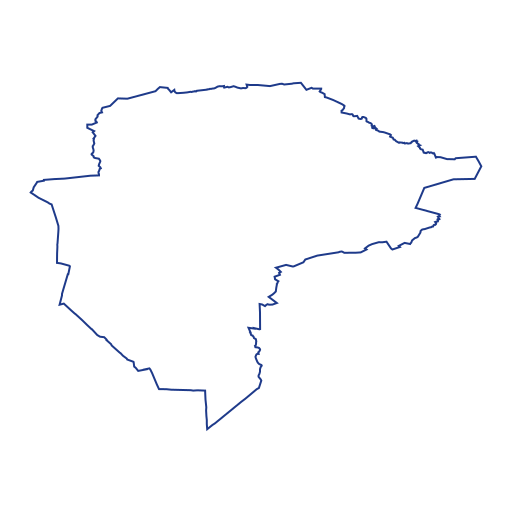 Stāmerienas pag., Gulbene, Latvia
{"feature_id": "27541924B77820831407347", "entity_name": "Stāmerienas pag.", "entity_type": "district", "adm_level": 2, "iso_a3": "LVA", "parent_name": "Latvia", "parent_adm1": "Gulbene", "projection": "natural_earth1", "projection_center": [26.964, 57.231], "detail": "fine", "context": "isolated", "style": "outline", "palette": "blue", "viewbox_px": 512, "rotation_deg": 0, "n_neighbors": 0, "source": "geoboundaries", "source_scale": "gbopen_adm2", "svg_char_len": 5924}
<svg xmlns="http://www.w3.org/2000/svg" viewBox="0 0 512 512"><path d="M439.6,214.5L439.0,214.2L415.6,207.9L417.6,203.7L424.3,187.9L453.5,179.3L474.7,178.9L481.3,166.3L478.6,161.3L475.9,156.7L456.0,158.2L455.6,158.3L454.7,159.3L451.9,159.2L447.0,159.1L440.5,157.2L436.3,157.0L436.5,157.4L435.9,157.6L434.3,153.6L433.9,153.1L433.4,153.5L432.6,153.3L431.7,152.6L430.8,152.4L429.6,152.9L428.9,152.3L428.2,152.1L427.0,152.6L426.6,153.1L425.7,152.9L425.4,153.1L424.7,152.9L424.4,152.6L423.7,152.6L422.7,149.7L420.8,149.2L420.0,148.5L419.9,147.7L418.2,146.2L419.9,145.3L418.9,144.9L418.5,144.5L418.6,144.1L416.9,143.0L416.4,142.4L416.6,141.9L417.1,141.9L417.3,141.4L416.6,141.0L416.5,140.6L415.2,141.0L414.2,140.6L411.9,141.7L411.7,142.2L411.3,142.3L410.7,143.2L408.0,143.6L406.9,143.1L404.9,143.5L404.4,142.8L403.1,143.1L402.6,142.7L399.4,142.4L399.0,142.8L396.1,141.2L394.7,139.7L393.6,139.5L392.8,137.7L391.4,137.2L390.1,136.6L390.9,135.0L390.2,134.4L384.7,132.5L383.2,132.1L379.3,131.6L378.4,130.8L376.0,129.9L375.9,129.4L376.6,128.8L375.7,128.0L375.3,128.0L373.9,128.4L372.3,128.0L372.2,127.8L372.4,127.6L374.1,127.3L374.6,127.0L374.8,126.4L374.4,125.9L373.1,126.4L372.5,126.4L372.1,126.2L371.6,125.7L371.9,124.9L371.8,124.3L371.4,123.7L370.5,123.1L368.9,122.6L368.3,122.1L366.9,121.6L366.5,121.3L366.4,118.7L365.8,117.9L363.5,117.0L362.5,117.0L362.0,117.4L361.8,118.6L361.4,118.8L360.6,119.0L359.1,118.7L358.6,118.6L357.2,115.9L354.8,116.2L353.6,116.2L353.1,115.8L352.7,114.6L352.1,114.2L351.2,114.2L350.0,114.4L346.7,113.5L341.6,112.5L341.5,110.8L342.8,109.8L344.1,108.0L344.2,106.1L344.5,105.9L344.4,105.7L341.9,104.1L332.9,99.9L326.6,97.5L324.9,97.1L324.6,94.1L322.1,92.7L320.5,92.1L319.7,91.5L321.2,89.0L321.2,88.6L312.9,88.6L311.6,87.8L306.4,89.8L300.9,82.8L293.5,83.3L292.0,83.7L284.2,84.5L281.9,83.7L281.5,83.9L279.9,83.9L270.0,86.1L257.8,85.0L249.9,85.0L246.6,84.6L247.3,86.9L246.5,87.8L245.4,88.2L243.1,88.0L241.0,88.4L237.4,87.6L235.5,86.8L233.6,86.2L230.6,87.1L228.8,87.4L227.5,86.8L224.2,87.6L223.8,86.6L223.9,86.0L222.1,86.3L219.5,86.2L217.6,86.6L215.4,87.9L214.2,88.4L212.2,88.6L211.1,88.9L209.7,88.9L209.2,89.2L207.2,89.4L207.1,89.6L206.5,89.7L196.7,90.8L196.0,91.1L196.3,91.3L196.0,91.5L194.6,91.2L194.1,91.5L193.2,91.5L191.6,92.0L190.4,91.8L187.2,92.4L183.3,92.8L178.7,93.1L176.6,93.1L175.3,92.3L174.5,91.2L174.3,89.9L171.1,92.3L169.1,89.8L167.9,88.6L167.7,87.9L159.9,87.1L157.8,88.9L155.5,91.2L127.4,98.7L117.9,98.4L110.1,105.9L102.5,107.8L102.0,108.6L101.3,110.8L102.0,112.4L99.5,113.0L97.5,115.2L97.6,116.6L95.4,119.3L95.4,120.9L96.4,121.6L96.8,122.5L91.8,124.6L87.3,124.6L87.3,127.8L94.1,131.1L92.7,132.3L95.5,135.9L93.9,138.1L94.1,138.1L93.6,140.6L94.3,143.5L93.2,145.6L92.7,146.2L92.8,147.6L93.3,149.0L93.6,150.4L93.4,151.9L93.1,152.6L91.7,153.8L91.6,154.5L93.6,156.2L93.8,157.4L95.0,158.0L98.9,158.7L100.1,160.5L100.3,161.0L100.3,161.5L99.1,164.2L98.7,165.8L100.3,167.3L100.8,168.3L99.7,168.9L99.3,170.2L98.9,171.3L98.5,171.9L98.5,173.0L99.0,174.2L99.0,175.4L90.5,175.7L64.6,178.6L54.1,179.1L43.9,179.9L43.9,180.7L37.2,181.9L36.6,183.0L33.7,187.3L32.8,190.5L31.4,191.6L30.7,192.5L38.6,197.8L47.8,202.4L49.5,203.6L51.6,204.4L55.9,217.6L58.4,225.9L58.5,228.9L58.3,232.4L57.5,243.4L57.3,244.5L57.4,246.7L57.1,253.5L57.0,262.9L60.8,263.4L69.2,265.7L69.6,265.9L69.9,266.4L68.3,274.2L67.8,274.2L62.0,293.9L62.0,295.4L59.6,304.7L63.8,303.6L71.5,310.7L75.0,313.8L75.3,313.9L82.1,320.1L86.9,324.8L91.6,329.2L91.9,329.2L97.2,335.0L100.0,336.7L104.2,337.2L106.4,339.4L106.8,340.0L106.6,340.2L111.1,344.2L111.7,345.5L119.9,352.8L120.5,353.1L122.9,355.7L126.8,358.6L127.2,359.5L133.2,361.7L133.6,362.0L134.2,366.6L135.7,367.8L138.2,370.9L145.5,369.5L145.2,369.3L149.4,368.4L150.3,369.5L152.1,373.1L156.7,384.1L159.0,389.1L166.4,389.2L171.3,389.7L190.8,390.2L193.2,390.6L197.4,390.3L205.1,390.6L205.5,399.7L206.3,407.3L206.1,410.5L206.4,416.0L206.8,420.1L206.8,424.1L207.2,429.2L212.4,425.0L214.9,423.4L241.4,401.7L245.1,398.9L256.7,389.2L258.9,388.0L261.3,380.6L260.7,379.4L258.9,377.2L258.6,376.8L258.5,376.0L258.7,375.2L259.4,373.9L260.0,371.7L260.0,369.2L260.6,367.2L261.7,365.7L261.5,365.1L261.2,364.9L259.5,364.2L258.9,363.8L257.8,362.6L257.2,361.5L256.2,359.1L255.6,357.5L255.5,356.6L256.4,354.5L257.1,354.0L257.8,353.8L258.6,353.9L258.5,353.4L258.2,353.1L258.3,352.3L258.9,351.9L259.7,350.7L259.9,350.1L260.1,349.8L260.0,349.2L259.1,348.0L257.8,347.5L255.4,347.2L255.1,346.1L255.3,346.1L255.9,344.6L256.1,343.1L256.1,341.9L256.3,341.2L256.1,340.6L255.9,339.2L254.0,338.1L253.5,336.6L253.0,336.2L252.6,335.5L251.6,335.3L251.2,335.1L250.7,333.7L250.7,333.2L250.4,332.9L250.6,332.8L250.2,331.9L250.3,331.9L248.5,327.8L254.3,328.6L254.1,328.1L259.4,329.3L260.1,329.1L260.0,312.4L259.6,304.0L262.2,304.5L265.0,306.1L266.2,305.0L267.5,304.2L269.1,304.7L272.4,304.6L276.8,303.0L268.7,296.9L272.3,294.7L274.0,293.3L275.8,291.5L276.3,287.6L277.0,284.0L276.9,283.9L277.4,283.2L278.0,281.5L278.3,281.2L275.1,279.3L274.6,276.7L279.9,274.8L279.1,272.9L280.8,271.9L278.5,269.6L276.0,267.7L286.1,264.9L292.7,266.5L293.7,266.4L303.4,262.3L305.3,259.5L317.3,255.6L338.5,252.3L339.7,251.8L341.6,251.5L342.3,251.7L344.3,252.8L356.2,252.7L360.7,252.4L366.5,249.5L365.0,248.4L368.7,245.6L372.1,244.1L378.8,242.2L382.1,242.3L386.5,241.7L391.0,248.4L392.4,249.5L399.9,247.0L398.8,245.9L404.6,242.9L410.1,244.0L410.3,243.5L411.2,242.7L412.1,240.4L414.9,238.1L416.7,237.5L417.8,236.8L420.4,232.6L420.5,231.5L420.6,231.0L421.9,229.7L423.1,229.3L424.7,229.1L429.6,227.5L431.2,227.2L431.8,226.7L433.1,226.5L433.5,225.4L434.0,224.9L435.3,224.8L435.4,224.6L435.9,224.2L435.8,223.4L436.2,223.0L436.1,222.7L435.5,222.4L435.2,222.0L436.1,221.7L436.5,221.9L437.3,221.3L437.9,221.3L438.1,220.6L437.7,219.8L437.5,219.6L437.6,219.3L439.4,219.1L439.3,218.7L438.4,218.4L438.4,217.6L438.3,217.4L438.5,217.1L438.0,216.6L438.8,216.2L439.5,216.2L439.2,215.8L439.5,215.4L439.3,214.8L439.6,214.5Z" fill="none" stroke="#1e3a8a" stroke-width="2"/></svg>